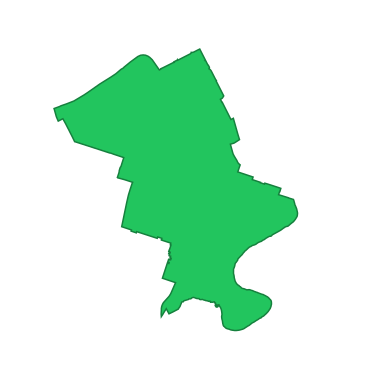 the district of Bayswater, Western Australia, Australia, rotated 333°
{"feature_id": "25037944B12143686182506", "entity_name": "Bayswater", "entity_type": "district", "adm_level": 2, "iso_a3": "AUS", "parent_name": "Australia", "parent_adm1": "Western Australia", "projection": "orthographic", "projection_center": [115.908, -31.909], "detail": "fine", "context": "isolated", "style": "filled", "palette": "green", "viewbox_px": 384, "rotation_deg": 333, "n_neighbors": 0, "source": "geoboundaries", "source_scale": "gbopen_adm2", "svg_char_len": 6044}
<svg xmlns="http://www.w3.org/2000/svg" viewBox="0 0 384 384"><g transform="rotate(333 192 192)"><path d="M263.9,120.8L263.9,104.2L264.1,104.1L264.2,103.9L264.4,103.7L264.2,103.1L264.1,102.3L264.1,101.7L264.1,93.1L264.0,92.1L263.8,91.2L263.4,90.3L263.1,89.9L263.5,89.6L263.9,89.2L264.1,88.8L264.1,88.3L264.1,86.3L263.8,85.9L263.8,81.3L263.6,81.1L263.8,81.1L263.8,68.1L256.9,68.1L256.0,67.9L255.1,67.5L254.7,67.2L254.3,67.7L253.8,68.0L253.2,68.1L239.6,68.1L239.0,68.1L239.0,67.6L238.8,67.8L235.0,67.8L235.0,68.4L234.5,68.3L234.2,68.2L222.5,68.1L220.3,68.0L220.1,68.0L219.9,68.4L218.3,68.4L216.6,56.1L215.5,53.0L214.5,51.1L212.8,49.1L210.7,47.7L208.2,46.8L205.2,46.7L196.0,48.2L187.8,50.0L187.4,50.3L184.4,50.5L177.7,52.1L170.6,52.9L159.0,53.9L143.3,56.1L139.9,56.5L128.1,57.3L120.0,56.5L114.4,55.7L112.6,55.7L107.0,55.0L105.3,63.4L105.1,66.4L105.0,68.1L110.2,68.1L110.4,73.8L110.4,79.9L110.5,80.3L110.4,81.3L110.4,88.2L110.3,93.9L110.7,94.2L136.3,119.8L137.4,120.6L139.2,122.6L146.4,129.9L146.8,130.4L140.2,137.1L139.4,137.4L138.8,137.9L136.9,139.9L136.2,141.0L135.6,141.7L132.4,144.9L132.1,145.1L132.2,145.6L137.5,150.4L143.5,156.4L142.4,157.3L138.4,161.3L134.3,165.5L133.1,166.9L129.0,171.8L113.6,191.0L120.8,198.3L120.0,199.2L123.8,203.1L124.7,202.2L140.0,217.5L141.0,216.5L144.1,219.6L143.0,220.6L143.3,220.9L143.1,221.1L149.9,227.9L148.7,229.2L149.2,229.7L145.3,233.6L145.2,233.5L144.3,234.4L144.7,234.8L144.5,235.1L145.2,235.8L144.1,236.8L143.4,236.2L143.2,236.4L143.9,237.1L142.7,238.3L143.0,238.6L143.0,238.8L143.8,239.5L142.5,240.7L143.4,241.6L142.4,242.6L141.9,242.2L141.6,242.5L140.6,241.4L138.6,243.4L139.6,244.5L138.9,245.2L137.8,244.1L136.9,245.0L126.5,255.4L136.2,265.3L127.7,272.3L126.5,273.2L124.5,274.4L123.6,274.8L118.1,276.9L117.3,277.2L116.0,277.8L115.0,278.5L113.9,279.4L113.0,280.3L112.3,281.2L111.6,282.2L111.2,283.1L109.1,286.7L108.1,289.1L110.4,287.8L111.9,286.8L116.1,284.3L116.2,290.1L120.4,290.2L126.7,290.1L127.1,289.7L128.4,289.1L129.5,288.4L130.3,287.7L130.8,287.2L131.6,286.6L132.3,285.9L133.0,285.5L133.4,285.3L134.2,285.8L134.5,285.8L134.8,285.6L135.0,285.5L135.3,285.3L135.9,285.3L137.1,285.6L138.6,285.8L139.6,286.1L140.1,286.1L140.6,285.9L140.9,285.9L141.6,286.3L142.7,286.6L143.0,286.5L143.5,286.3L143.9,286.3L144.4,286.3L145.2,286.5L145.5,286.6L146.0,287.0L146.9,288.0L147.3,288.5L147.9,289.1L149.9,290.2L149.9,290.8L150.2,291.3L150.5,291.6L151.3,292.0L152.2,292.3L152.6,292.5L153.4,293.5L155.0,294.9L155.1,295.2L156.2,295.8L156.8,296.6L157.1,296.9L157.9,297.2L158.7,297.7L158.8,297.9L158.7,298.1L158.4,298.3L158.4,298.6L159.2,298.9L159.9,299.4L160.8,299.7L161.4,299.7L161.8,299.8L162.1,300.0L162.1,300.5L161.8,301.0L162.2,301.4L162.4,301.4L162.5,301.5L162.3,302.1L162.2,302.6L162.5,303.4L162.8,303.9L162.9,304.3L162.8,304.5L162.6,304.6L162.2,304.6L161.9,304.4L161.7,304.2L161.5,303.6L161.3,303.4L161.2,303.5L161.1,304.0L161.2,304.4L161.3,305.3L161.4,305.5L161.5,305.6L161.9,305.8L162.5,306.0L162.8,306.0L163.4,305.7L163.5,305.4L163.4,305.1L163.4,304.6L163.5,304.4L163.8,304.4L164.4,304.5L164.9,304.9L164.7,306.0L164.9,307.6L164.9,307.9L164.9,308.8L164.6,310.5L164.0,312.5L163.2,314.6L161.8,316.5L161.4,317.5L160.9,319.1L160.8,319.8L160.4,321.2L160.1,322.0L159.7,323.2L159.3,325.2L159.3,325.5L159.4,326.0L159.8,326.9L160.1,327.9L160.6,329.0L161.4,329.9L162.7,331.0L163.2,331.6L163.9,332.4L164.9,333.2L167.3,334.9L168.8,335.6L170.7,336.3L171.7,336.6L174.7,337.2L175.8,337.3L176.7,337.3L178.5,337.0L179.5,337.0L180.2,336.8L181.4,336.8L182.3,336.8L186.1,336.0L187.3,336.0L187.8,336.0L188.6,336.0L190.5,335.7L192.7,335.6L194.9,335.3L195.5,335.3L196.0,335.5L196.6,335.4L196.8,335.4L197.1,335.1L197.3,335.1L198.3,335.0L199.5,335.0L202.3,334.2L202.9,334.1L203.7,333.8L204.1,333.6L205.3,333.2L205.9,332.9L208.8,331.3L210.0,330.2L210.6,329.6L210.9,329.1L211.6,328.4L211.9,328.0L212.3,327.2L212.8,326.1L213.1,325.1L213.1,324.2L213.0,323.7L212.6,322.5L212.3,321.2L211.7,319.8L209.8,317.0L209.3,316.4L208.8,315.6L207.8,314.8L206.9,313.8L204.8,311.5L204.4,310.9L204.2,310.7L203.7,310.4L202.9,309.4L201.9,308.4L201.7,308.0L201.0,307.2L200.1,306.4L199.9,306.2L199.3,305.5L199.0,305.2L198.0,304.7L196.5,304.1L195.8,303.4L194.6,302.0L193.1,300.7L192.6,300.2L192.5,299.9L192.3,299.1L192.2,298.6L191.6,297.7L191.3,296.6L190.7,295.7L190.3,294.7L190.0,292.8L190.0,292.1L190.0,290.7L190.1,290.4L190.3,289.6L190.5,288.6L190.7,287.8L190.9,287.0L191.3,286.2L191.8,284.3L192.0,283.4L193.2,281.1L193.9,279.7L194.5,279.1L194.9,278.8L196.0,277.8L196.8,276.9L197.2,276.3L198.0,275.4L198.6,275.0L199.4,274.7L201.5,273.6L201.8,273.4L202.2,272.8L203.0,272.3L207.3,270.8L208.2,270.6L208.5,270.3L209.2,270.1L209.5,269.9L210.0,269.6L211.2,269.2L211.5,269.1L211.9,268.8L212.1,268.7L212.6,268.6L213.0,268.6L216.1,267.7L216.3,267.6L217.0,267.4L217.3,267.4L218.2,267.1L218.6,267.1L219.0,267.2L219.6,267.3L220.6,267.1L221.5,267.1L222.1,267.1L223.1,267.4L224.4,267.5L225.1,267.6L225.4,267.5L226.5,267.3L228.0,267.1L230.0,267.2L230.9,267.4L231.5,267.4L232.3,267.3L232.7,267.2L233.7,267.1L234.8,267.2L236.8,266.8L240.1,266.6L241.0,266.7L241.4,266.8L241.9,267.1L242.3,267.2L242.6,267.2L243.1,267.1L243.9,266.7L244.4,266.6L251.3,266.4L253.4,266.3L254.4,266.2L257.1,265.7L258.6,265.6L259.3,265.4L260.4,265.6L261.4,265.9L262.1,266.0L262.8,265.8L263.9,265.6L264.8,265.3L267.2,264.8L268.1,264.7L269.4,264.3L270.3,263.9L271.8,263.2L274.2,261.7L274.8,261.2L275.4,260.4L276.3,259.0L276.5,258.6L276.8,257.6L277.6,254.5L277.8,252.3L277.9,251.3L277.9,249.9L278.3,248.7L278.5,247.4L278.8,246.2L279.0,244.7L275.6,241.4L275.4,241.0L267.9,233.7L270.3,231.3L270.5,231.5L272.8,229.1L270.6,226.8L268.2,224.4L263.6,219.8L260.9,217.2L260.2,217.9L257.1,214.8L257.4,214.5L251.3,208.3L253.2,206.4L241.9,194.9L247.2,189.7L246.7,188.5L246.3,187.3L246.2,186.0L246.3,184.2L246.2,183.0L246.0,180.6L245.9,178.6L245.9,176.9L246.0,176.1L247.9,166.8L251.5,167.5L252.1,167.5L254.3,167.3L258.1,166.9L259.1,161.2L262.3,145.1L259.6,145.1L259.7,125.8L259.4,125.8L259.4,122.3L260.6,122.3L261.4,122.2L262.1,121.9L263.9,120.8Z" fill="#22c55e" stroke="#15803d" stroke-width="1.5"/></g></svg>